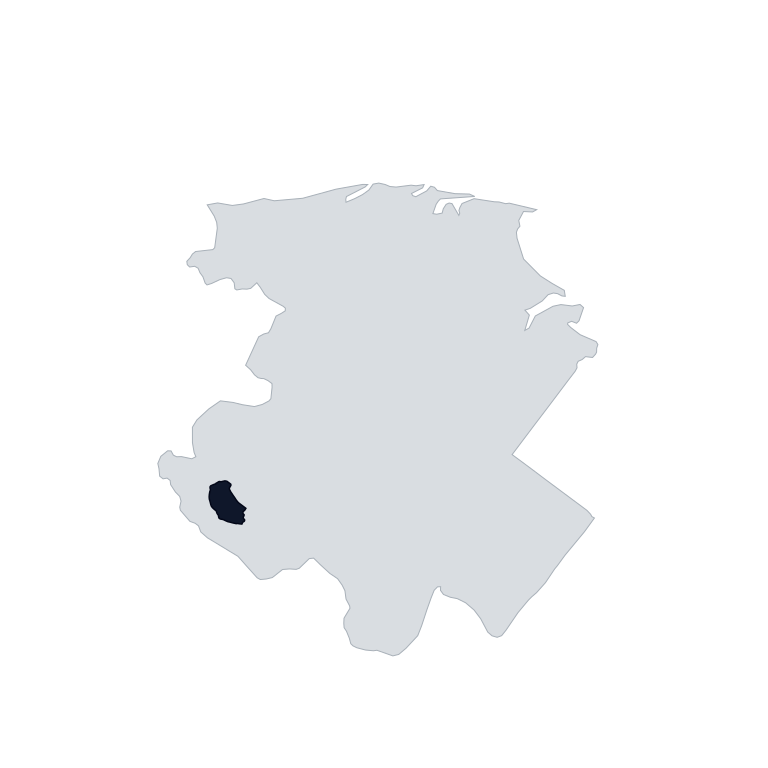 location of Djouori-Agnili, Haut-Ogooué, Gabon, rotated 127°
{"feature_id": "22940354B21948278538135", "entity_name": "Djouori-Agnili", "entity_type": "district", "adm_level": 2, "iso_a3": "GAB", "parent_name": "Gabon", "parent_adm1": "Haut-Ogooué", "projection": "orthographic", "projection_center": [13.959, -1.472], "detail": "fine", "context": "in_parent", "style": "filled", "palette": "ink", "viewbox_px": 768, "rotation_deg": 127, "n_neighbors": 0, "source": "geoboundaries", "source_scale": "gbopen_adm2", "svg_char_len": 4589}
<svg xmlns="http://www.w3.org/2000/svg" viewBox="0 0 768 768"><g transform="rotate(127 384 384)"><path d="M520.1,146.2L519.7,151.8L513.3,165.5L510.3,176.0L509.6,187.2L511.3,196.3L514.4,202.7L516.3,209.8L514.8,214.7L511.8,216.8L513.8,219.2L518.5,219.8L526.3,217.7L538.4,213.9L554.3,208.5L564.7,205.6L581.9,207.4L591.1,209.5L595.8,213.3L600.9,229.4L603.4,231.9L607.6,238.7L611.0,247.0L611.8,251.2L611.4,254.2L607.9,258.7L604.0,265.2L602.6,269.2L599.3,272.1L595.1,275.0L583.6,276.2L581.9,277.9L578.6,284.9L572.6,290.8L569.8,296.4L567.4,303.9L567.9,313.1L566.6,326.4L565.4,335.4L568.4,338.6L582.2,340.8L584.9,342.6L588.5,348.1L593.2,353.4L605.8,356.7L610.6,360.7L614.6,365.1L615.1,368.7L612.3,383.1L609.5,397.0L610.6,407.6L611.6,417.7L613.1,432.4L612.4,441.3L608.9,446.8L608.9,451.1L610.5,456.3L607.4,470.6L605.3,473.0L599.7,475.6L596.7,479.5L595.8,485.5L592.8,493.8L589.7,496.8L589.7,500.6L592.7,503.4L592.6,507.7L587.0,512.8L583.6,516.8L576.1,518.7L567.6,516.6L565.6,513.8L567.6,509.4L566.9,505.8L563.9,502.1L559.4,492.5L555.3,490.5L553.0,494.4L546.1,501.7L533.8,511.0L525.2,511.8L509.3,508.9L495.9,504.5L489.6,493.5L485.7,484.5L480.0,473.9L473.6,468.9L466.8,465.7L463.8,465.5L454.0,471.4L451.1,473.7L451.1,478.6L452.0,483.2L453.5,485.4L454.8,488.4L454.6,493.0L452.9,499.1L452.3,505.8L421.7,512.5L416.4,510.1L412.6,507.1L407.9,507.6L394.7,511.1L389.8,508.7L385.0,506.9L382.8,508.4L382.6,511.3L384.9,527.2L384.2,533.2L381.2,541.1L379.7,546.5L387.8,548.0L390.7,550.5L393.5,554.5L397.5,558.2L397.7,560.4L393.3,564.6L391.8,569.7L393.9,573.7L399.4,577.9L407.5,582.2L411.4,585.0L411.0,587.6L407.3,593.2L405.9,597.9L403.4,602.1L403.9,606.0L407.5,609.6L407.1,612.9L404.7,615.3L399.7,614.8L395.5,615.2L391.6,614.2L379.7,601.6L377.1,601.2L359.9,610.9L355.6,614.9L352.1,620.6L347.3,633.0L339.5,625.8L332.7,612.6L324.8,604.6L308.1,591.5L303.7,581.9L284.6,560.7L257.3,539.6L237.5,521.2L234.5,517.1L237.9,517.6L256.9,526.8L259.5,525.7L261.7,523.7L253.5,518.9L245.6,515.1L238.2,512.8L230.9,513.0L226.7,509.1L224.0,503.2L222.7,498.1L219.4,492.8L208.9,482.0L206.4,477.7L200.6,472.0L204.1,471.2L215.3,476.7L216.3,474.5L215.3,471.3L204.1,466.1L197.9,465.7L196.5,462.1L197.4,457.8L189.3,441.9L180.9,430.1L179.6,424.4L202.2,450.3L205.2,450.7L209.1,450.5L218.5,447.5L216.7,444.1L212.5,440.4L208.4,442.1L203.1,442.5L200.3,440.9L199.0,438.3L204.3,425.7L202.0,426.3L200.3,428.6L197.4,429.6L192.9,430.3L181.8,423.6L172.0,405.4L169.4,401.7L166.8,395.4L164.2,392.8L152.9,367.0L157.2,368.9L162.3,376.4L172.3,374.8L176.2,370.4L179.6,370.6L183.1,369.6L187.5,365.5L200.2,347.7L203.6,324.2L202.5,310.3L200.7,296.4L204.9,292.0L206.6,294.9L207.4,299.8L209.4,303.5L213.9,306.7L222.4,307.6L235.5,312.7L240.2,315.9L241.5,309.4L256.5,303.8L252.0,301.8L238.6,304.1L220.2,295.8L214.1,290.5L208.4,280.6L202.5,275.3L202.9,270.6L216.1,266.3L219.6,266.8L221.0,271.9L224.6,274.0L225.9,273.3L226.5,268.9L226.6,257.1L222.5,240.1L223.8,236.9L227.4,235.7L230.6,233.4L232.9,233.0L237.3,233.4L239.6,237.3L240.8,239.5L245.3,240.5L249.0,242.6L252.2,242.0L254.9,239.6L258.8,239.0L270.8,239.1L281.7,239.1L303.4,239.1L325.1,239.2L346.9,239.2L363.3,239.2L363.2,229.6L363.1,214.6L363.1,196.9L363.0,180.0L362.9,164.3L362.8,145.8L363.7,140.5L364.8,138.3L364.4,135.3L381.3,135.0L411.7,136.4L425.0,136.2L428.8,136.4L445.5,135.5L458.9,136.6L464.7,137.9L469.8,138.6L486.0,139.4L507.0,138.4L514.2,138.6L518.2,141.2L520.1,146.2Z" fill="#d9dde1" stroke="#a8b0b8" stroke-width="1"/><path d="M581.4,413.2L580.9,413.3L579.6,413.6L579.0,413.5L578.6,413.3L577.8,413.0L577.0,413.1L576.2,413.8L576.1,414.9L575.7,415.8L574.9,416.3L573.7,416.5L572.7,416.9L572.5,417.6L572.3,418.8L571.1,419.6L570.1,419.6L569.0,419.3L567.8,419.3L566.4,419.5L566.4,427.1L566.4,428.7L566.1,430.3L565.8,431.4L565.5,432.5L565.0,433.8L564.4,435.5L564.1,436.5L563.6,438.0L563.0,439.6L562.5,441.2L561.1,444.1L560.3,444.8L559.4,445.0L558.1,445.1L556.8,445.4L556.2,446.2L556.2,448.2L556.2,450.9L556.9,452.4L557.5,453.2L558.3,453.7L559.0,454.4L559.7,454.9L560.4,455.7L560.8,456.6L561.3,457.1L562.2,457.5L563.4,457.9L564.2,458.4L564.9,458.3L565.8,458.9L566.9,459.6L567.6,460.0L568.5,460.5L569.6,461.1L570.6,461.1L571.2,460.8L571.9,460.2L572.6,459.3L573.3,458.8L574.9,458.3L575.9,457.8L577.4,457.0L579.4,455.7L581.1,454.2L582.8,451.9L584.6,449.7L585.5,448.3L586.0,446.6L586.3,443.7L586.3,442.3L586.5,441.3L587.0,440.7L587.9,439.3L588.3,438.1L588.5,437.3L589.0,436.8L589.9,435.8L590.4,435.0L590.4,433.9L590.1,432.9L589.4,431.7L588.9,430.3L588.6,428.6L587.9,425.7L587.2,424.3L586.0,421.3L584.5,418.0L583.6,417.1L582.7,415.4L581.4,413.2Z" fill="#0f172a" stroke="#020617" stroke-width="1.5"/></g></svg>